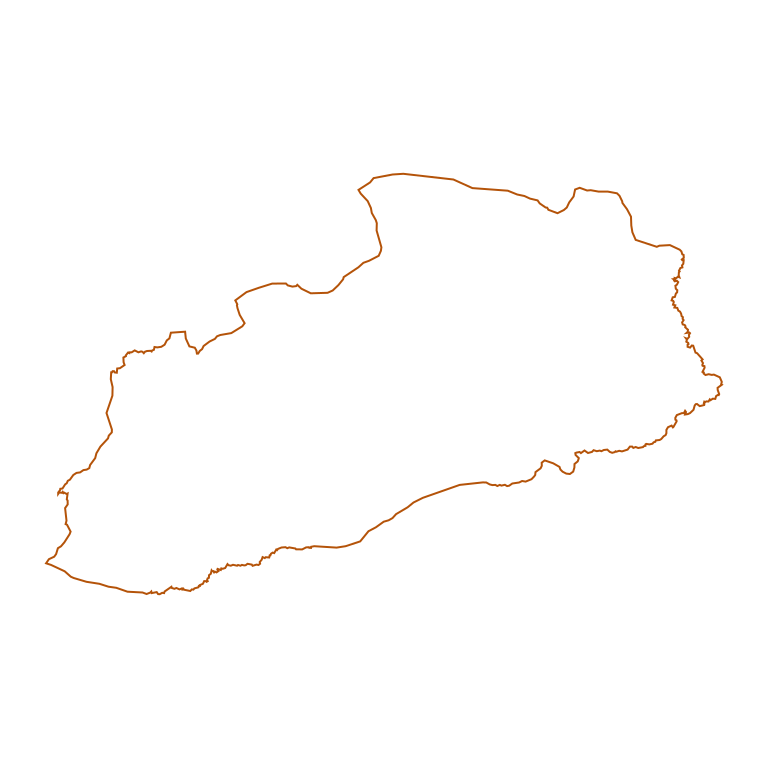 outline of Jirapa, Upper West, Ghana
{"feature_id": "2480657B21686152565613", "entity_name": "Jirapa", "entity_type": "district", "adm_level": 2, "iso_a3": "GHA", "parent_name": "Ghana", "parent_adm1": "Upper West", "projection": "albers", "projection_center": [-2.598, 10.589], "detail": "fine", "context": "isolated", "style": "outline", "palette": "amber", "viewbox_px": 768, "rotation_deg": 0, "n_neighbors": 0, "source": "geoboundaries", "source_scale": "gbopen_adm2", "svg_char_len": 6080}
<svg xmlns="http://www.w3.org/2000/svg" viewBox="0 0 768 768"><path d="M579.7,187.8L575.1,189.5L573.6,196.5L569.2,202.4L566.8,207.5L563.9,210.0L557.5,213.2L548.4,209.8L547.2,207.7L545.6,207.5L539.7,203.4L537.6,200.4L530.0,198.6L524.4,196.0L517.2,194.5L507.8,190.7L472.4,188.1L453.4,179.5L403.3,173.8L392.6,174.5L373.6,178.1L370.1,182.4L358.5,189.9L360.7,193.6L367.7,201.1L370.9,208.0L371.8,213.0L375.8,220.1L376.8,223.2L376.6,230.5L381.4,247.3L380.9,250.8L378.7,255.8L369.0,260.8L363.4,262.8L358.4,267.3L343.7,277.1L343.1,279.3L338.4,285.1L332.7,290.5L327.6,292.8L310.8,293.3L301.4,288.7L297.3,284.8L296.2,286.1L292.4,286.6L287.8,285.4L285.9,283.5L272.2,283.6L258.8,287.8L246.5,292.1L235.3,300.4L237.3,304.3L236.9,305.2L237.5,308.2L239.7,314.9L244.6,323.2L242.3,326.3L231.3,333.1L220.3,335.0L217.0,336.3L214.9,338.9L209.6,341.5L203.6,346.0L202.1,349.1L199.8,350.9L198.1,353.6L196.9,353.6L196.4,350.5L194.8,347.7L189.4,346.4L185.8,338.5L185.1,331.7L170.9,332.7L169.4,338.4L166.8,340.4L164.6,344.7L161.3,346.8L157.3,347.4L154.5,347.0L153.9,349.8L152.1,350.5L151.6,351.5L150.5,350.8L147.0,351.0L145.0,351.7L143.8,353.2L142.5,351.8L141.1,351.4L138.4,352.3L134.7,350.4L131.7,352.3L129.4,352.3L129.3,353.1L128.0,352.6L125.8,355.4L125.9,356.2L123.4,357.5L123.6,362.3L124.6,365.0L119.9,368.2L117.2,368.5L116.8,372.7L114.6,372.4L114.0,371.2L112.6,371.2L112.0,372.3L111.2,372.3L110.8,379.2L112.6,387.1L112.4,395.7L106.5,413.0L111.9,429.5L111.8,432.4L108.8,435.6L108.0,438.4L100.4,446.6L96.4,453.3L95.2,458.1L90.1,465.0L89.3,468.1L86.7,469.6L83.4,470.1L80.1,472.4L76.5,472.9L73.3,475.0L69.9,479.7L67.8,480.8L66.7,483.3L65.2,484.3L62.5,488.5L60.3,488.8L60.1,490.1L58.2,492.5L58.2,493.9L59.2,492.5L62.0,492.8L62.7,491.9L63.4,493.1L64.1,492.6L66.6,494.0L67.6,493.5L66.8,499.4L67.6,500.5L67.7,504.4L65.1,508.1L66.5,520.7L65.6,524.1L67.0,524.7L70.6,531.6L69.6,534.2L64.4,542.3L61.0,546.3L57.9,548.2L56.1,554.1L54.2,556.7L48.9,559.2L46.1,563.3L51.0,564.9L64.7,571.3L70.8,576.7L73.7,578.0L86.5,581.8L99.4,583.8L108.5,586.7L116.3,587.8L127.5,591.7L142.5,592.5L146.6,594.0L150.2,592.6L151.3,591.5L151.7,593.1L156.7,592.1L158.1,594.1L159.7,594.2L162.2,592.8L164.1,593.1L164.6,591.5L171.4,586.8L171.7,587.9L174.4,588.8L176.4,588.0L179.5,589.4L181.9,588.4L182.3,589.5L183.4,588.7L183.9,589.7L190.3,591.0L191.8,589.4L193.4,589.6L194.4,588.4L198.4,587.3L198.8,586.0L199.9,585.9L199.8,585.1L202.9,583.8L204.2,581.1L206.1,581.2L206.6,581.8L207.7,581.2L207.1,579.9L207.6,578.4L208.9,577.8L209.0,575.2L210.8,573.8L211.6,570.4L212.2,571.2L213.3,571.1L214.1,572.4L214.9,571.6L216.5,572.4L218.4,571.1L217.3,569.7L217.6,568.9L220.8,570.0L221.3,568.4L222.7,568.8L225.2,568.0L227.5,564.1L228.5,565.2L230.8,565.7L233.0,564.8L237.1,565.7L238.0,565.0L240.5,565.7L241.9,564.9L244.2,565.4L245.7,565.2L247.5,563.8L251.8,564.6L252.6,565.8L256.5,564.6L258.5,565.0L260.1,563.7L259.7,562.1L261.7,559.7L262.6,557.1L264.8,558.1L265.7,557.2L269.2,557.5L269.7,555.3L270.4,555.3L271.0,553.7L272.7,552.6L274.2,553.1L276.3,549.5L277.1,550.1L278.0,548.9L281.5,547.5L285.5,547.2L287.3,548.2L289.2,547.4L295.4,548.5L296.0,549.3L302.2,549.4L306.1,547.4L308.9,547.2L309.2,547.8L311.0,547.9L311.1,546.8L314.2,546.2L336.6,547.6L345.6,546.2L360.2,541.4L368.5,531.2L375.9,527.3L383.7,521.7L388.6,520.3L392.5,518.1L396.1,514.1L407.6,507.3L413.5,502.5L422.9,497.8L459.7,484.9L482.8,482.4L486.3,482.5L489.7,484.4L492.4,485.1L495.4,484.9L497.3,486.0L499.8,484.9L501.4,485.6L504.9,484.8L507.1,486.1L509.2,485.7L512.3,483.5L519.1,482.5L522.1,481.0L525.6,481.6L531.5,479.2L534.1,476.5L535.2,475.0L535.5,472.1L540.6,468.3L541.8,465.8L541.7,462.7L544.7,460.4L553.2,463.3L559.5,466.9L560.4,469.5L562.6,471.7L566.3,473.6L569.9,474.0L573.2,471.6L574.4,467.5L574.5,464.0L577.7,461.4L578.6,458.9L578.8,458.1L575.6,455.0L575.3,453.1L576.4,452.6L579.6,452.0L580.9,453.1L584.5,450.5L588.0,453.0L592.0,451.9L593.6,450.2L596.8,451.2L599.8,450.6L601.4,451.2L603.8,450.0L607.3,449.6L609.8,451.9L612.2,452.8L614.8,452.1L615.5,451.3L616.4,451.7L619.2,450.8L622.0,451.4L627.6,449.6L629.9,446.6L632.2,446.6L633.3,447.9L635.7,447.0L638.2,448.0L643.0,447.1L643.6,446.3L645.5,445.8L645.4,444.5L646.2,443.9L649.4,444.4L652.5,443.7L653.6,442.3L655.3,441.8L655.8,440.4L659.6,440.0L661.3,439.0L663.6,436.3L665.6,435.1L666.4,433.2L666.4,429.9L668.0,427.2L671.6,425.6L672.9,427.4L673.4,427.0L676.6,421.4L676.5,420.4L675.4,419.7L675.3,417.9L676.8,415.1L682.0,413.1L683.9,413.1L685.1,410.8L686.0,412.0L685.1,414.5L687.8,414.1L690.0,413.1L693.5,409.8L694.7,405.5L695.7,404.2L697.0,404.0L699.7,406.1L701.1,405.8L704.2,405.0L704.4,403.9L703.8,403.3L704.3,401.7L705.0,402.2L706.3,401.4L708.5,401.5L709.8,399.4L710.5,400.2L712.8,398.7L715.3,398.9L716.1,396.1L717.9,394.9L718.7,395.1L719.2,394.1L717.7,390.0L717.6,387.8L721.9,384.7L721.2,384.2L721.8,381.9L719.8,377.3L713.9,374.6L711.7,374.9L708.7,374.2L705.5,375.0L703.6,373.5L703.8,372.5L702.5,371.9L704.6,367.7L704.4,366.1L702.6,365.8L702.3,365.0L703.0,363.1L701.4,360.5L702.6,359.4L697.1,353.2L695.5,352.6L693.2,345.7L691.8,345.5L690.1,347.6L687.6,346.8L687.6,344.7L688.5,344.1L688.2,342.9L686.3,341.7L686.9,339.7L685.9,338.3L687.4,338.9L689.2,336.8L688.9,334.9L690.0,333.2L689.3,332.5L686.6,332.9L687.7,331.9L688.0,329.8L685.2,327.3L685.5,326.2L684.7,325.0L682.7,324.4L682.1,322.4L683.6,320.1L682.6,318.8L682.9,317.2L681.6,316.1L681.1,313.6L680.0,311.6L678.3,310.6L677.3,307.9L674.4,307.5L675.3,305.3L673.0,304.7L673.8,302.0L673.2,300.9L671.6,300.4L672.7,297.3L674.9,296.9L675.9,293.5L677.1,292.4L677.3,290.2L675.8,288.7L675.4,285.7L676.9,284.7L678.2,282.1L676.9,280.8L674.7,281.3L674.1,280.5L674.6,279.9L673.4,279.1L675.0,278.8L674.8,278.0L676.1,278.3L677.9,276.7L679.4,277.3L678.7,275.4L678.9,272.2L679.6,271.5L679.0,270.7L680.4,268.0L682.4,267.4L682.0,265.4L683.3,263.8L683.7,260.2L682.3,260.2L681.8,259.5L683.8,257.8L683.6,254.9L682.3,254.3L681.4,251.4L679.7,249.7L669.9,245.1L659.4,245.7L656.8,246.8L635.7,239.9L632.4,232.3L631.3,225.6L631.0,216.7L627.0,209.2L622.4,202.9L622.2,201.3L619.5,195.8L617.0,193.3L607.8,191.6L598.6,191.6L590.7,190.2L587.1,190.5L579.7,187.8Z" fill="none" stroke="#b45309" stroke-width="2"/></svg>